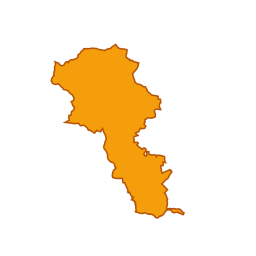 Sintereag, Bistrita-Nasaud, Romania (Albers equal-area conic projection), rotated 221°
{"feature_id": "2599482B46871685550444", "entity_name": "Sintereag", "entity_type": "district", "adm_level": 2, "iso_a3": "ROU", "parent_name": "Romania", "parent_adm1": "Bistrita-Nasaud", "projection": "albers", "projection_center": [24.321, 47.167], "detail": "fine", "context": "isolated", "style": "filled", "palette": "amber", "viewbox_px": 256, "rotation_deg": 221, "n_neighbors": 0, "source": "geoboundaries", "source_scale": "gbopen_adm2", "svg_char_len": 5833}
<svg xmlns="http://www.w3.org/2000/svg" viewBox="0 0 256 256"><g transform="rotate(221 128 128)"><path d="M143.5,169.3L146.8,169.0L149.3,167.7L149.8,167.2L152.3,167.2L153.3,167.5L153.8,167.8L154.6,168.6L155.5,168.9L160.1,171.8L160.2,179.1L160.5,179.7L161.0,181.3L162.7,184.2L163.3,183.5L163.8,183.2L164.6,183.2L165.0,183.1L165.6,182.8L166.4,182.1L168.1,181.8L169.4,181.8L169.7,181.2L170.3,181.0L170.5,180.7L170.5,180.3L171.0,180.3L171.2,180.6L171.9,180.6L172.0,180.8L172.3,180.5L173.3,180.3L174.8,180.4L175.4,180.2L176.4,180.4L177.2,181.8L177.5,182.5L178.5,184.3L180.0,186.4L181.8,185.6L183.5,184.5L184.5,183.5L185.5,183.2L186.4,182.6L187.4,182.3L188.5,182.0L192.1,183.0L193.2,178.9L193.4,178.1L193.3,177.1L193.6,176.1L194.0,175.9L194.4,175.4L194.5,174.9L195.4,174.1L196.0,172.2L196.5,171.6L196.4,171.1L199.1,169.7L201.8,168.0L204.2,167.2L206.3,165.5L207.0,165.1L208.7,163.3L209.2,162.4L209.5,162.2L211.0,161.0L212.9,159.3L213.4,159.0L213.4,158.8L213.0,158.0L213.2,157.5L213.1,157.1L213.2,156.5L213.6,155.5L213.6,155.0L213.4,154.3L213.2,152.8L213.2,152.1L213.6,151.3L213.7,150.4L213.1,149.5L212.6,149.3L212.2,148.2L212.3,147.8L212.5,147.0L212.7,146.3L212.9,146.0L213.4,144.9L214.4,143.3L215.7,142.2L215.9,141.8L216.1,141.4L216.1,140.8L216.4,140.1L216.2,139.3L216.0,138.9L216.0,138.2L216.7,138.4L217.1,138.3L217.4,138.1L217.7,137.5L218.1,137.2L218.2,135.9L217.9,134.2L217.7,133.8L217.6,133.4L218.2,132.3L218.8,131.6L220.8,130.9L221.7,131.0L222.5,131.4L223.8,131.1L224.3,130.9L225.1,130.4L225.6,130.3L225.8,130.4L226.5,130.1L225.6,129.7L224.4,128.4L223.7,126.4L223.6,126.0L223.0,125.6L222.6,124.8L221.8,124.0L221.3,123.9L220.7,121.8L220.2,121.6L220.1,121.0L219.6,120.3L219.1,119.9L218.9,119.3L218.3,119.2L218.5,118.8L218.4,118.4L218.1,118.1L218.3,116.9L217.9,115.2L217.6,114.4L217.0,113.5L216.5,113.0L215.4,112.8L214.5,112.2L212.9,112.5L211.4,113.2L210.6,114.0L209.8,115.5L209.5,115.7L208.0,115.6L205.8,115.3L203.7,115.4L202.9,114.9L202.5,114.8L201.7,114.9L201.0,115.2L199.8,116.0L198.5,116.4L197.0,116.7L196.5,116.4L195.7,116.4L194.4,116.1L193.4,116.1L192.6,116.5L191.7,116.4L190.4,115.9L189.1,115.6L188.6,115.2L188.3,115.3L187.9,114.7L187.2,112.9L188.2,110.6L187.0,110.3L184.5,108.7L182.2,108.4L181.9,108.3L182.0,108.1L181.6,107.8L181.2,107.0L181.0,106.4L181.0,104.8L181.4,103.3L179.4,100.3L180.0,99.5L180.1,99.0L180.8,98.8L179.4,96.7L178.0,96.0L177.5,95.3L179.2,90.9L174.8,94.0L171.5,95.9L170.3,97.3L168.4,98.9L167.7,99.0L165.6,98.5L164.8,99.0L164.3,99.6L163.8,100.5L162.8,101.3L159.5,101.3L157.8,101.0L157.5,100.6L156.8,100.5L156.3,100.6L156.3,100.8L154.9,101.4L149.9,102.2L150.2,105.4L149.3,105.4L148.4,106.4L146.9,106.8L146.2,107.1L146.9,110.9L143.1,108.8L140.2,107.6L137.0,105.4L136.3,102.5L135.4,101.2L134.6,99.0L133.6,97.5L132.4,96.7L129.7,96.3L127.7,95.5L125.4,94.0L124.4,92.7L123.9,92.2L122.2,91.3L121.1,91.1L119.1,91.2L118.6,91.0L117.7,91.7L116.8,91.9L115.3,92.0L114.3,91.8L113.9,91.5L113.1,90.4L112.4,90.1L111.0,90.1L110.8,89.6L110.9,88.5L111.2,87.3L110.8,85.5L109.5,82.9L108.1,81.2L107.2,80.9L107.0,80.6L106.7,80.7L105.4,81.5L104.9,81.5L103.2,82.7L99.8,85.7L99.1,86.4L96.9,84.2L95.7,83.4L95.0,84.2L94.8,84.6L92.7,83.5L90.7,82.7L88.7,81.7L87.4,81.2L86.3,79.5L85.2,80.2L85.1,79.5L83.8,80.3L83.2,80.0L82.7,79.5L78.7,78.1L78.9,79.2L78.5,79.3L78.3,78.2L78.4,77.0L78.4,76.1L76.6,77.0L76.4,76.6L75.3,77.2L74.6,76.8L74.2,76.3L73.3,76.6L72.6,75.4L72.6,75.0L72.3,74.8L71.8,75.2L71.0,74.2L69.0,72.2L67.4,70.8L67.4,70.6L67.7,69.9L67.3,69.6L65.1,70.7L63.4,71.4L61.8,72.3L60.7,73.2L60.2,74.4L59.6,75.2L58.4,75.4L55.8,76.5L55.1,77.0L54.9,77.6L54.5,77.9L52.5,78.7L50.8,78.9L48.7,78.6L47.6,78.9L47.1,79.2L46.5,79.9L46.0,83.1L45.2,83.2L44.5,86.0L45.0,88.9L44.8,91.1L44.5,92.1L43.4,93.1L41.8,94.4L40.9,93.9L40.2,93.8L39.0,93.7L38.5,93.8L37.8,94.1L35.9,96.6L34.6,97.2L33.2,97.4L31.3,98.3L29.6,98.6L29.5,99.3L29.7,99.8L30.0,100.6L30.4,100.4L33.2,100.6L33.8,100.8L35.8,100.7L37.1,99.8L37.8,98.9L38.4,98.4L40.1,97.6L40.9,97.0L41.5,96.1L43.5,94.8L44.8,93.4L45.6,92.3L46.2,92.5L47.3,94.6L48.3,96.4L49.5,97.8L50.9,98.7L51.3,100.1L56.1,102.7L57.8,102.8L57.7,107.4L65.7,108.0L65.4,114.0L64.8,116.0L65.7,119.7L66.0,121.3L65.9,123.3L66.7,124.0L67.0,123.7L67.5,123.5L67.9,123.5L68.0,124.2L69.1,124.0L69.3,123.2L69.8,122.4L71.1,119.6L71.9,118.1L72.7,116.3L73.1,116.7L75.4,117.9L75.4,118.5L77.2,119.8L77.7,120.2L78.0,120.7L78.4,120.9L78.4,121.1L78.2,121.3L76.9,122.6L77.8,123.6L77.7,123.7L79.2,125.2L77.0,126.5L77.8,126.7L79.5,128.1L80.2,128.7L81.6,130.4L85.4,128.7L86.0,128.1L86.4,128.0L87.2,127.5L87.7,126.9L87.7,124.9L89.4,125.9L92.4,123.2L93.7,122.5L95.3,122.0L96.7,123.8L98.4,122.5L95.8,119.4L96.2,119.3L96.7,118.2L98.6,118.6L99.3,119.3L99.4,119.8L99.4,121.2L99.4,121.8L99.8,123.2L100.9,123.9L101.9,123.9L102.7,123.5L103.1,123.0L103.3,122.4L103.4,121.9L103.3,121.3L107.0,120.9L110.1,120.9L110.2,123.1L110.7,123.4L111.2,123.5L111.3,123.3L111.3,122.9L112.0,122.9L112.9,122.4L113.6,121.1L114.0,121.1L114.4,121.1L115.0,121.7L115.2,122.6L115.7,123.4L117.2,124.1L117.4,124.3L117.6,125.1L117.5,126.0L116.7,127.0L116.4,128.1L115.9,128.6L115.4,128.7L115.4,129.0L117.3,128.9L118.9,128.9L118.9,130.0L118.8,130.3L118.6,130.7L118.1,131.1L117.7,131.7L117.7,133.6L118.0,133.8L118.3,134.4L118.4,136.3L117.0,136.5L116.6,136.9L116.0,137.9L115.2,138.9L115.6,139.6L115.6,140.9L115.6,141.0L115.8,141.1L118.3,141.4L118.4,141.7L119.2,143.3L119.0,143.8L120.6,145.0L120.7,145.4L120.1,146.7L120.1,147.9L119.8,148.4L118.9,149.4L117.0,150.6L115.3,152.9L115.0,153.8L115.0,154.4L115.2,155.0L115.8,155.6L116.2,156.2L116.8,156.7L118.4,157.4L119.2,157.9L119.5,159.0L119.5,159.7L119.4,160.3L119.1,160.9L118.6,161.3L116.7,162.3L115.4,163.4L116.8,164.1L118.1,164.4L120.1,167.1L119.9,168.7L122.5,171.0L123.9,169.7L126.3,171.7L127.1,171.1L129.3,170.0L131.3,168.6L132.3,168.4L137.6,168.6L138.6,169.3L141.8,170.5L143.5,169.3Z" fill="#f59e0b" stroke="#b45309" stroke-width="1.5"/></g></svg>